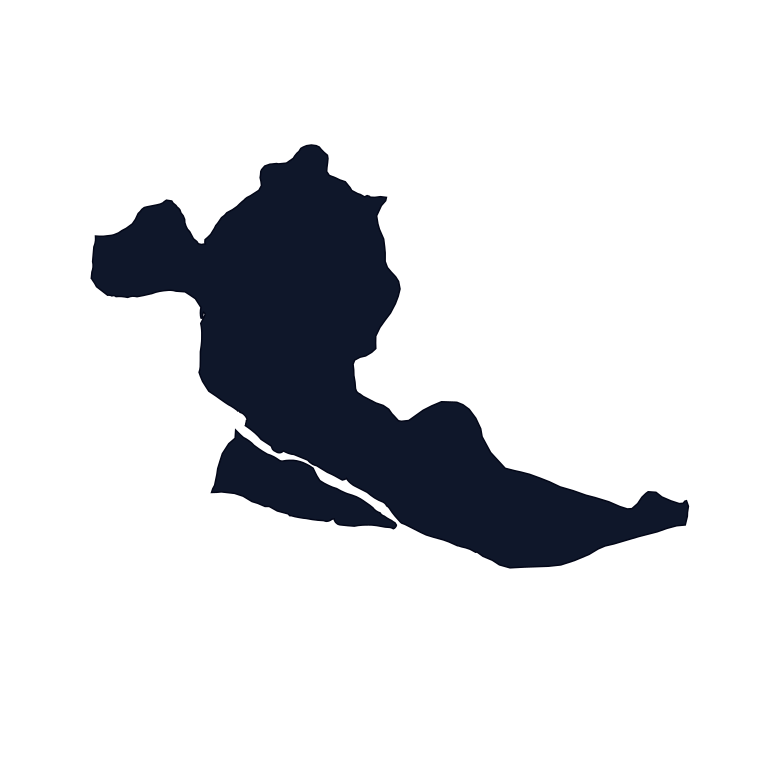 outline of Qanatir Al-Khayriyya, Al Qalyubiyah, Egypt, rotated 330°
{"feature_id": "37247803B61234943331501", "entity_name": "Qanatir Al-Khayriyya", "entity_type": "district", "adm_level": 2, "iso_a3": "EGY", "parent_name": "Egypt", "parent_adm1": "Al Qalyubiyah", "projection": "mercator", "projection_center": [31.132, 30.214], "detail": "fine", "context": "isolated", "style": "filled", "palette": "ink", "viewbox_px": 768, "rotation_deg": 330, "n_neighbors": 0, "source": "geoboundaries", "source_scale": "gbopen_adm2", "svg_char_len": 6172}
<svg xmlns="http://www.w3.org/2000/svg" viewBox="0 0 768 768"><g transform="rotate(330 384 384)"><path d="M447.9,153.4L446.9,149.5L446.4,146.4L444.5,143.7L440.6,140.7L436.1,138.9L432.4,138.4L429.8,138.4L426.6,140.1L424.0,140.6L420.7,141.9L418.3,143.2L409.9,143.9L402.8,140.7L401.1,139.3L396.5,137.3L395.1,136.6L389.7,135.6L385.3,137.1L383.6,138.3L381.7,141.1L379.9,143.4L378.7,147.2L377.1,150.9L372.5,153.7L362.5,154.2L358.7,154.0L356.4,154.3L354.3,154.9L352.7,155.1L349.0,155.9L345.6,156.8L340.0,157.3L333.5,157.1L330.3,158.2L326.5,158.7L320.2,161.7L317.5,162.7L315.0,164.4L308.7,167.8L304.5,168.9L301.2,169.5L299.7,171.7L299.4,173.3L295.6,171.9L293.3,169.7L293.2,167.1L291.6,162.9L291.9,154.9L291.2,151.6L291.4,148.3L292.2,144.6L293.7,141.7L294.2,137.8L293.7,134.4L294.3,131.1L294.0,129.2L293.3,127.4L293.1,125.3L291.8,121.9L291.7,119.4L287.5,116.0L284.9,116.2L283.1,116.6L280.2,116.3L277.1,115.4L267.4,112.1L264.6,111.3L261.6,111.7L259.2,112.7L256.4,113.4L251.1,117.1L246.1,119.5L238.6,120.3L233.9,120.1L229.6,120.4L224.6,119.7L222.3,119.0L214.9,115.8L213.9,115.2L211.4,113.8L208.1,111.6L207.0,113.7L205.9,115.5L204.6,117.1L203.6,118.2L201.3,120.2L192.8,132.4L192.2,134.1L191.7,135.2L190.4,137.4L188.8,139.3L187.1,140.9L183.3,146.2L183.6,147.2L183.5,147.8L183.8,152.2L183.7,156.0L189.0,168.9L190.1,169.4L191.0,170.1L191.9,170.9L192.4,171.7L193.3,171.8L194.3,172.4L195.1,173.2L195.6,174.3L198.2,175.6L200.6,177.1L202.9,178.8L205.3,180.8L208.0,181.4L210.1,182.2L212.1,183.5L213.8,184.9L220.1,187.1L226.6,189.1L228.1,189.6L232.3,190.4L236.2,191.6L240.0,193.1L244.3,195.1L246.1,196.1L248.3,197.7L250.3,199.6L257.8,204.7L260.4,209.8L263.3,215.8L263.8,226.2L262.1,228.2L260.5,230.7L259.2,233.3L258.5,235.4L258.8,235.7L259.3,235.9L259.8,235.8L260.1,235.7L260.4,235.4L261.2,234.1L261.8,233.3L262.8,232.2L263.6,231.6L263.9,232.1L264.1,232.9L264.1,233.4L263.9,234.2L263.8,234.5L261.4,236.2L255.6,239.9L254.4,243.2L253.2,245.9L251.8,248.6L249.0,253.4L247.5,255.8L245.1,259.2L241.1,264.3L236.8,271.7L233.5,277.2L231.7,279.5L229.7,281.4L228.9,285.6L228.2,291.0L228.4,296.3L228.7,302.6L232.7,310.8L234.9,315.7L237.3,320.8L239.0,324.2L240.5,326.6L242.0,329.5L243.6,333.0L243.7,333.5L243.8,334.2L244.4,334.5L244.9,334.9L245.2,335.6L245.1,336.4L246.3,337.9L246.9,338.9L247.3,339.9L247.8,341.7L248.0,343.2L248.0,344.8L247.8,346.2L247.6,346.5L247.4,346.7L246.7,346.7L245.7,348.0L244.5,349.2L243.7,350.3L243.1,350.7L244.5,353.6L245.9,356.8L247.9,362.1L249.1,366.3L249.9,370.5L255.2,381.0L255.3,382.0L255.0,383.6L254.9,384.6L255.1,385.7L255.4,386.7L256.3,388.1L257.2,389.6L257.9,390.4L258.8,391.1L259.8,391.6L260.9,391.9L262.0,391.9L263.4,391.7L264.7,393.7L266.5,396.1L268.6,398.3L270.8,400.0L280.0,411.9L280.2,413.2L280.7,414.9L281.5,416.6L282.0,417.7L283.4,419.6L284.8,421.0L287.9,426.8L290.8,432.1L293.5,435.9L295.4,438.8L298.1,443.3L299.9,446.3L302.0,446.9L302.9,447.0L304.3,447.0L304.5,449.2L304.9,451.3L305.6,453.4L306.7,456.0L307.5,457.4L315.3,469.4L317.0,473.8L318.9,477.9L321.3,481.9L324.2,485.8L325.0,487.4L325.4,489.1L325.4,490.9L326.1,492.2L326.5,494.0L326.9,499.3L327.6,504.1L329.2,511.8L329.7,513.2L332.1,516.2L341.8,531.1L345.1,535.8L350.2,541.3L357.5,548.7L361.3,553.2L366.7,560.7L367.8,561.6L369.7,563.7L372.9,566.7L375.8,570.0L376.9,571.7L379.2,575.5L380.6,576.1L383.6,582.8L389.7,590.8L393.5,598.3L401.2,606.2L413.6,612.5L435.2,624.0L446.7,629.1L460.7,632.1L476.3,634.1L487.0,633.9L494.5,634.8L503.1,637.4L528.4,643.5L546.7,648.6L556.9,650.5L566.6,653.1L574.4,656.7L580.6,650.2L582.6,647.0L586.5,642.1L587.6,636.3L585.9,635.9L583.5,636.9L579.9,635.2L574.1,628.7L568.2,620.8L565.4,613.8L558.9,609.4L556.1,609.7L550.8,611.0L543.9,614.4L536.4,615.9L532.3,613.9L527.0,608.1L519.8,598.4L509.9,587.8L503.3,581.3L494.4,570.9L485.1,561.2L478.4,551.5L472.2,543.7L465.0,535.1L458.5,528.7L454.0,524.6L446.8,517.6L442.1,496.6L442.6,478.7L445.4,471.1L446.4,459.5L445.1,448.5L442.0,441.4L438.0,436.3L436.0,435.0L424.9,428.1L414.4,426.8L404.8,426.3L387.2,428.0L380.4,425.0L378.1,423.0L376.7,416.5L376.0,413.8L375.5,408.2L372.6,402.2L367.5,396.4L359.8,384.4L358.1,380.5L357.3,379.4L356.8,377.9L356.5,376.6L357.0,373.8L359.9,367.7L362.2,361.5L364.9,356.5L367.1,351.4L370.6,348.6L376.6,348.8L382.2,350.5L389.2,350.4L394.6,349.2L397.3,344.2L400.8,338.4L408.7,333.0L417.0,329.2L425.1,325.8L434.1,320.1L440.2,315.1L445.4,309.7L447.9,302.5L447.7,297.0L446.2,290.5L445.2,284.8L446.3,278.4L450.6,271.0L453.1,265.6L456.2,258.3L457.4,247.7L458.8,242.2L461.7,234.7L470.9,228.2L477.1,226.1L479.4,223.6L474.6,220.0L469.4,217.8L465.4,215.3L465.3,214.3L463.6,212.4L460.7,212.2L458.3,208.1L456.4,206.0L452.8,200.3L452.8,197.2L451.6,189.5L447.8,185.2L445.3,181.5L440.9,176.0L440.6,171.3L442.9,167.9L445.8,164.1L448.2,160.7L449.4,157.6L447.9,153.4ZM180.4,391.7L185.1,394.2L189.2,396.1L199.9,404.0L205.9,410.7L210.9,419.8L215.0,424.2L219.7,430.5L223.4,432.7L228.1,440.6L236.0,448.5L236.6,451.0L237.7,451.5L240.4,454.2L243.6,457.0L246.9,459.7L249.5,461.6L254.0,465.4L258.8,469.0L263.4,472.1L264.5,473.3L265.4,474.1L266.5,474.6L267.7,475.0L269.4,475.2L271.2,475.1L272.3,475.3L273.4,475.8L273.0,476.9L272.9,478.1L272.9,479.4L273.1,480.2L273.5,481.3L273.8,482.1L274.6,483.1L275.4,483.9L281.9,488.6L287.3,492.3L290.9,493.6L295.2,495.6L300.1,498.3L303.2,500.2L307.0,503.0L313.4,508.4L317.6,511.3L318.9,512.7L319.7,514.0L321.0,514.1L322.0,513.8L323.2,513.3L324.2,512.4L324.1,509.7L323.0,507.8L322.3,506.1L321.0,504.1L319.5,501.5L318.1,498.5L317.5,497.8L316.9,496.8L316.3,495.4L316.2,493.7L314.7,491.8L313.6,489.8L312.8,487.6L312.5,485.7L311.1,482.1L307.6,474.6L306.0,471.5L303.7,467.9L300.9,464.5L297.3,460.6L295.8,458.7L293.1,454.9L290.7,450.9L287.9,447.8L285.8,445.0L284.5,443.1L282.6,440.2L280.4,436.1L280.1,435.3L279.9,430.2L280.1,426.3L280.5,421.5L278.6,417.7L277.0,415.1L274.6,411.7L272.6,409.4L270.0,406.9L267.2,404.7L264.1,402.9L260.9,401.3L257.2,399.9L256.1,399.0L255.4,398.2L253.5,394.3L252.2,392.0L250.1,389.0L247.9,386.5L245.2,381.7L243.1,377.5L240.7,372.1L239.9,369.0L238.6,365.7L237.0,362.5L235.5,360.1L234.2,356.1L232.5,349.7L228.0,356.5L219.7,358.1L209.2,363.5L203.6,368.6L197.7,374.1L194.1,378.7L186.7,387.0L183.3,389.1L180.4,391.7Z" fill="#0f172a" stroke="#020617" stroke-width="1.5"/></g></svg>